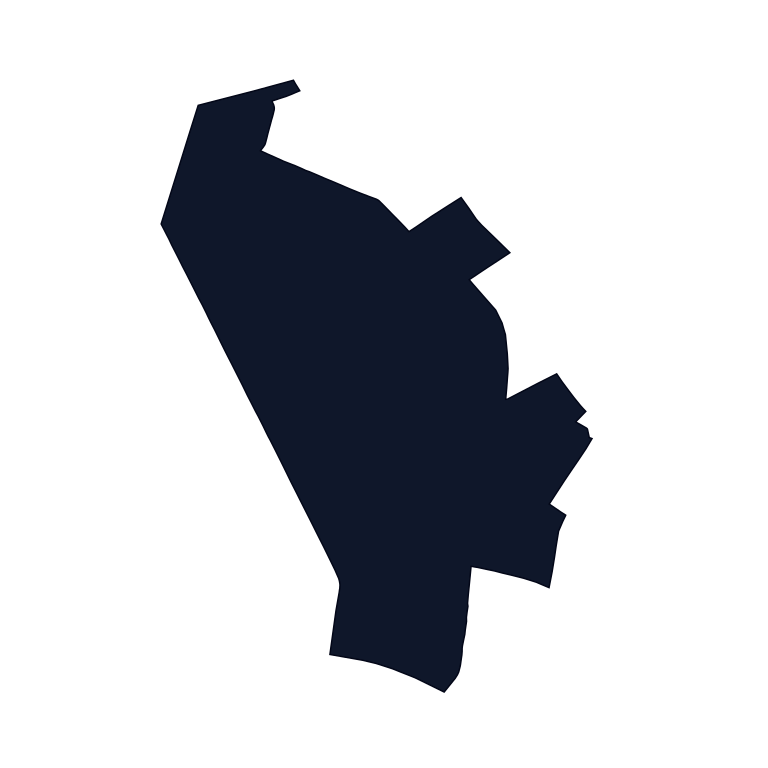 Sathon, Bangkok Metropolis, Thailand (Robinson projection), rotated 262°
{"feature_id": "78962969B57919474821024", "entity_name": "Sathon", "entity_type": "district", "adm_level": 2, "iso_a3": "THA", "parent_name": "Thailand", "parent_adm1": "Bangkok Metropolis", "projection": "robinson", "projection_center": [100.532, 13.714], "detail": "fine", "context": "isolated", "style": "filled", "palette": "ink", "viewbox_px": 768, "rotation_deg": 262, "n_neighbors": 0, "source": "geoboundaries", "source_scale": "gbopen_adm2", "svg_char_len": 3183}
<svg xmlns="http://www.w3.org/2000/svg" viewBox="0 0 768 768"><g transform="rotate(262 384 384)"><path d="M370.0,556.4L366.6,546.4L363.4,536.9L356.4,517.1L351.9,504.4L351.8,503.9L351.9,502.4L355.1,503.1L362.4,504.8L373.9,507.3L378.4,508.3L382.0,509.0L390.8,509.8L396.7,510.3L416.0,511.1L422.0,510.2L428.0,509.4L433.4,507.6L441.6,504.9L458.8,493.6L470.9,485.7L475.4,482.9L475.8,483.6L482.2,496.8L484.9,502.4L493.1,519.8L496.5,526.9L511.1,515.7L514.3,513.2L527.5,502.9L532.0,499.8L534.5,498.2L546.1,492.5L557.9,486.3L552.3,473.9L543.5,454.7L534.9,437.4L531.4,429.9L536.3,426.6L544.7,420.5L551.4,415.5L560.7,408.7L566.1,404.6L566.9,403.8L567.4,403.1L568.0,402.3L571.7,395.4L577.0,385.8L582.0,377.2L584.6,372.9L589.4,365.0L596.3,353.3L600.0,347.3L601.8,344.3L604.5,339.8L606.4,336.1L608.9,332.3L612.4,326.6L616.6,319.1L618.6,315.5L623.9,307.2L628.1,300.4L632.2,294.1L632.5,294.4L632.6,294.5L632.9,294.8L635.4,297.4L637.5,299.3L638.8,300.0L641.1,301.0L641.7,301.2L642.8,301.7L644.5,302.4L646.8,303.3L649.0,304.2L651.8,305.4L653.5,306.1L656.0,307.2L658.6,308.3L660.8,309.2L663.8,310.6L665.7,311.4L667.4,312.1L668.2,312.4L669.5,312.9L670.7,313.4L672.0,313.7L672.7,313.8L673.8,313.8L674.7,313.7L675.7,313.6L676.7,313.3L677.6,313.0L678.4,312.8L678.8,312.7L679.3,312.5L679.5,312.6L679.9,312.9L680.6,316.9L681.2,320.0L682.1,325.1L682.4,327.0L683.4,331.1L683.8,332.8L685.0,337.1L686.1,341.4L688.4,340.4L691.3,339.1L693.5,338.1L697.4,336.6L692.2,295.5L685.8,238.8L658.7,225.9L573.5,185.6L566.3,188.1L562.5,189.4L557.8,191.1L551.3,193.1L536.8,198.1L528.4,200.9L519.9,203.9L512.0,206.6L503.5,209.5L494.6,212.5L487.5,215.1L479.1,217.9L474.6,219.3L469.4,221.0L461.7,223.7L454.1,226.2L447.3,228.4L438.6,231.3L432.2,233.5L425.9,235.7L412.4,240.3L402.1,243.8L391.9,247.1L385.6,249.3L374.8,253.0L369.7,254.9L358.8,258.6L352.8,260.5L347.7,262.2L345.1,263.2L333.2,267.3L325.1,270.0L317.3,272.6L307.5,275.8L299.5,278.4L287.6,282.5L280.7,284.8L272.8,287.5L261.7,291.3L253.4,294.1L247.4,296.1L239.1,298.9L231.2,301.6L220.8,305.0L213.4,307.4L206.6,309.6L203.0,310.6L197.7,312.1L195.3,312.4L192.4,312.5L190.9,312.4L189.4,312.1L187.8,311.8L186.0,311.2L184.1,310.7L166.2,304.9L123.7,292.8L113.5,324.2L108.4,337.2L103.1,348.2L100.9,352.7L96.3,360.7L91.9,368.5L88.8,373.9L70.6,400.7L82.7,413.6L83.9,414.6L85.9,416.3L88.0,417.6L88.4,417.9L92.3,419.5L93.5,420.0L95.2,420.6L102.2,422.6L104.9,423.4L108.1,424.1L111.4,424.6L112.5,424.9L113.7,425.2L119.4,427.2L124.9,429.2L129.0,430.2L137.5,432.7L139.4,432.9L141.0,433.1L141.7,433.2L146.9,434.6L151.9,436.1L152.4,436.2L154.7,436.2L155.5,436.3L163.5,438.1L175.8,441.1L184.9,443.3L190.8,444.7L191.4,444.9L190.3,448.1L189.4,451.1L185.7,461.2L183.5,467.4L180.4,474.8L178.5,479.7L176.9,483.8L173.2,492.9L172.2,495.3L170.7,498.5L166.5,507.3L164.0,511.4L159.4,519.1L174.5,524.3L189.0,528.8L199.9,532.0L214.0,536.4L222.9,541.8L228.6,545.6L228.8,545.7L233.1,540.7L233.3,540.5L233.7,540.1L242.1,530.9L253.4,540.7L263.4,549.4L273.5,558.5L281.5,565.8L291.8,575.0L301.0,582.4L302.4,579.8L310.7,579.2L311.4,579.0L312.3,578.2L319.8,568.5L328.8,580.0L332.0,577.7L335.3,575.5L344.1,570.2L351.8,565.9L361.7,560.5L370.0,556.4Z" fill="#0f172a" stroke="#020617" stroke-width="1.5"/></g></svg>